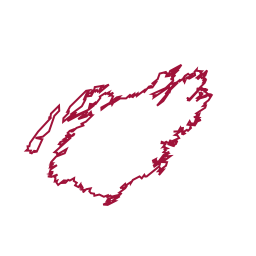 Smøla nor, Møre og Romsdal, Norway, rotated 147°
{"feature_id": "86288312B9709733023788", "entity_name": "Smøla nor", "entity_type": "district", "adm_level": 2, "iso_a3": "NOR", "parent_name": "Norway", "parent_adm1": "Møre og Romsdal", "projection": "robinson", "projection_center": [8.005, 63.377], "detail": "fine", "context": "isolated", "style": "outline", "palette": "rose", "viewbox_px": 256, "rotation_deg": 147, "n_neighbors": 0, "source": "geoboundaries", "source_scale": "gbopen_adm2", "svg_char_len": 5804}
<svg xmlns="http://www.w3.org/2000/svg" viewBox="0 0 256 256"><g transform="rotate(147 128 128)"><path d="M127.6,71.7L120.8,73.7L124.0,75.3L116.7,75.7L113.9,78.1L118.3,81.1L117.1,81.4L118.6,82.8L122.0,79.3L121.3,81.5L126.9,81.3L126.7,82.6L122.8,83.2L123.8,85.5L125.7,84.3L124.2,85.5L125.3,85.5L124.8,87.1L121.8,86.8L123.3,85.8L121.9,85.3L122.3,82.6L112.9,86.0L111.9,85.2L117.0,82.4L114.0,82.1L114.9,80.8L107.6,81.3L113.1,84.5L108.7,84.6L110.6,86.0L110.2,86.2L106.3,85.5L109.7,86.2L111.4,88.3L108.6,88.8L108.9,90.2L106.2,89.5L108.2,92.4L106.6,92.6L108.7,93.1L104.3,94.5L106.4,94.5L105.7,95.3L107.9,96.9L106.9,97.4L107.8,98.8L105.6,95.7L103.4,95.6L102.3,92.9L98.8,94.9L100.6,92.0L102.6,91.9L101.3,90.2L101.3,91.6L97.0,91.8L100.1,89.6L99.3,88.0L98.1,88.5L98.6,89.5L96.6,88.5L94.2,90.0L94.3,91.2L96.7,90.2L95.7,91.4L97.2,92.8L90.6,91.7L90.6,95.0L92.3,96.5L85.8,96.6L91.8,100.2L87.6,97.8L83.8,99.7L84.4,97.2L82.8,98.5L82.0,98.1L85.8,93.6L85.0,92.6L83.3,92.5L83.9,94.4L79.6,94.4L79.2,93.0L74.4,93.9L75.8,94.3L73.7,96.1L76.2,98.3L72.6,100.1L72.9,97.9L71.3,96.4L72.2,95.2L70.5,93.8L67.9,95.0L70.4,95.3L69.3,96.3L62.5,95.0L65.2,96.9L62.5,97.6L64.0,98.9L62.2,99.2L63.6,99.4L68.8,96.4L64.0,100.2L67.1,101.1L61.8,99.9L60.7,100.8L63.6,100.9L62.3,101.8L62.9,103.0L52.2,103.0L50.5,104.4L52.8,105.5L48.7,106.4L51.4,106.9L45.3,107.4L39.8,110.0L40.5,111.2L43.3,110.3L40.8,111.5L41.6,112.2L45.7,111.9L51.6,113.7L56.2,113.3L52.1,113.8L53.6,115.4L49.9,115.7L48.8,118.5L47.1,117.6L47.1,116.0L51.1,115.1L50.1,114.7L50.9,114.0L42.3,112.6L43.5,116.2L42.4,116.7L44.1,117.1L43.9,117.6L40.3,116.7L43.7,118.7L42.5,119.0L43.9,120.0L43.0,120.2L46.7,119.9L44.2,120.8L44.5,122.2L61.5,117.7L62.6,118.7L61.5,119.7L62.2,121.3L60.4,118.7L50.1,121.2L48.3,122.5L48.8,123.7L47.3,122.4L39.2,124.1L35.7,126.4L39.3,125.0L40.0,125.3L35.5,127.7L37.6,126.6L38.6,127.3L37.2,128.1L37.7,129.5L39.9,129.9L35.0,129.5L36.0,130.1L35.1,131.5L34.1,130.3L30.3,133.2L43.3,130.9L41.7,131.8L42.7,132.7L36.4,133.4L36.2,134.7L37.9,135.1L35.2,135.4L39.4,138.7L38.5,139.7L41.6,138.9L43.0,135.7L49.6,136.0L52.3,138.7L47.7,137.1L43.1,138.2L47.2,138.6L48.2,140.3L47.3,140.7L51.9,140.7L54.3,139.7L53.7,138.7L55.3,137.1L54.0,136.7L55.6,135.6L55.2,138.0L56.5,139.3L60.3,138.9L57.5,140.1L62.2,139.7L63.5,139.1L61.3,139.0L71.5,137.0L73.9,135.1L76.5,135.8L76.3,134.5L83.7,131.4L91.5,130.9L77.5,135.1L77.5,136.3L72.2,138.0L72.5,139.2L71.3,139.3L71.5,137.9L63.8,140.1L69.2,141.9L72.3,140.0L89.5,139.6L87.9,140.7L89.1,141.0L88.0,142.5L88.9,143.2L74.7,141.0L64.4,142.9L63.4,144.7L65.9,145.4L59.4,146.6L64.0,147.5L53.6,149.3L63.0,149.8L58.7,150.2L61.4,151.4L52.7,150.3L48.8,151.9L61.5,152.9L64.6,150.8L62.4,150.2L65.0,149.2L67.2,150.2L64.8,151.3L67.0,151.3L65.4,152.5L66.9,153.9L65.0,154.1L71.8,156.4L76.5,152.8L84.1,152.0L80.1,150.9L85.4,148.8L87.8,149.9L85.1,150.4L87.9,151.3L95.6,149.0L91.8,150.9L102.7,150.1L101.3,151.7L104.2,151.5L104.0,152.7L107.1,151.3L107.8,152.3L106.7,152.2L105.2,153.2L110.6,153.0L107.5,154.8L113.5,153.9L118.4,157.1L126.1,157.2L118.0,158.8L120.7,159.8L126.8,159.5L126.2,158.2L127.6,157.5L126.7,157.2L128.6,156.3L128.2,157.6L129.9,158.0L129.2,158.7L140.2,157.9L139.2,159.7L129.4,159.0L123.2,162.7L124.0,164.0L123.0,164.1L125.0,164.8L121.1,165.7L125.2,166.0L124.8,167.1L127.0,167.2L124.5,168.3L129.2,168.8L127.0,169.7L134.6,169.7L134.8,168.3L142.2,165.7L143.2,166.5L141.3,166.8L141.3,167.1L146.9,166.8L145.4,167.8L146.7,168.9L150.7,165.2L143.6,165.6L150.9,164.8L167.6,167.3L163.9,169.1L164.9,169.7L174.9,166.7L153.9,164.8L153.6,163.4L156.8,162.5L155.5,161.5L159.9,162.5L157.0,162.8L157.7,163.4L164.9,162.6L156.4,160.3L150.4,161.7L151.1,159.5L153.6,160.2L150.8,158.0L159.7,156.2L165.7,157.0L163.8,156.4L164.0,154.4L171.1,156.1L176.2,155.3L178.2,156.2L173.1,156.2L178.4,157.3L181.3,156.7L180.8,154.7L185.1,155.4L180.5,154.0L180.0,152.1L175.7,152.6L177.6,151.6L182.2,152.0L181.5,152.5L183.9,153.4L187.7,153.5L186.1,151.8L192.4,153.0L194.6,152.1L193.1,150.9L194.1,150.0L181.0,151.1L202.8,147.7L201.0,145.9L201.9,144.3L191.0,143.8L194.8,141.3L203.9,143.2L210.9,141.3L211.8,140.7L210.3,139.5L211.8,139.4L210.1,138.4L213.5,138.8L214.6,137.8L212.7,137.8L213.9,136.5L207.8,135.5L215.4,135.4L217.6,133.6L215.3,132.3L216.2,131.3L218.9,132.1L217.8,130.7L219.4,130.0L221.6,131.1L218.8,128.7L212.5,127.4L216.4,127.0L216.1,125.5L218.5,123.1L216.0,122.5L217.7,121.4L217.6,118.3L210.4,119.0L209.6,118.4L213.7,118.1L210.3,116.1L206.4,117.1L205.4,115.6L200.5,115.3L202.3,113.1L200.8,110.0L203.6,108.7L201.8,105.5L198.6,106.6L200.0,104.3L198.4,105.0L198.5,102.7L200.5,101.7L198.7,100.2L200.8,98.5L196.3,99.4L192.2,97.7L194.9,96.0L194.6,93.5L192.2,91.4L193.1,89.5L188.3,87.8L185.7,83.5L181.7,82.6L182.7,81.5L179.5,80.8L179.2,79.4L170.9,76.4L169.7,76.8L170.7,78.5L163.1,79.0L160.0,80.4L165.3,79.7L165.1,81.1L167.3,81.7L160.8,82.7L161.2,81.0L155.4,81.1L155.9,80.1L152.2,81.8L144.7,81.1L143.9,78.3L139.8,79.8L140.0,77.9L138.7,77.2L122.9,78.8L123.1,76.2L126.2,75.3L124.0,74.0L127.6,71.7ZM219.0,158.6L217.4,157.9L206.0,165.2L210.9,170.0L204.1,167.1L196.0,168.2L183.1,178.3L176.3,179.9L173.7,184.3L184.8,182.0L186.8,179.7L189.0,179.9L187.1,179.6L188.4,179.2L187.7,178.4L205.4,173.9L218.2,168.9L220.7,166.4L222.2,167.3L223.2,165.0L225.7,164.5L221.8,161.9L223.5,160.5L222.5,159.2L219.2,160.0L218.3,159.2L219.0,158.6ZM179.0,168.5L167.8,169.5L168.1,170.6L154.8,171.4L148.1,175.1L147.3,176.0L150.2,175.4L143.8,179.6L139.7,180.6L142.9,182.0L164.9,177.5L170.0,174.7L168.7,174.1L170.0,172.9L176.8,171.4L179.0,168.5ZM131.5,173.5L120.4,174.8L128.9,176.4L126.5,177.3L133.6,180.4L135.8,178.2L137.5,178.9L140.7,177.4L141.8,178.6L145.1,176.8L141.3,175.0L135.0,178.5L135.5,176.4L133.3,176.8L133.5,174.8L130.3,174.7L131.5,173.5ZM186.9,74.6L178.4,73.7L180.4,75.5L172.1,75.2L183.1,79.5L185.2,78.4L182.4,77.5L183.3,76.1L190.5,77.3L186.9,74.6Z" fill="none" stroke="#9f1239" stroke-width="2"/></g></svg>